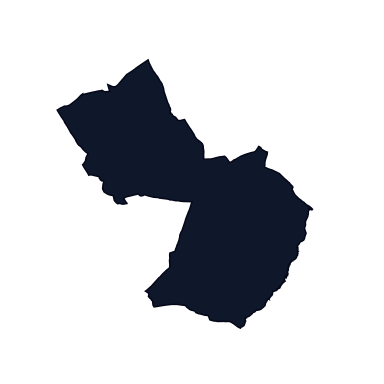 Chemba, Dodoma, United Republic of Tanzania, rotated 238°
{"feature_id": "72390352B30961702846084", "entity_name": "Chemba", "entity_type": "district", "adm_level": 2, "iso_a3": "TZA", "parent_name": "United Republic of Tanzania", "parent_adm1": "Dodoma", "projection": "mercator", "projection_center": [35.501, -5.27], "detail": "fine", "context": "isolated", "style": "filled", "palette": "ink", "viewbox_px": 384, "rotation_deg": 238, "n_neighbors": 0, "source": "geoboundaries", "source_scale": "gbopen_adm2", "svg_char_len": 5936}
<svg xmlns="http://www.w3.org/2000/svg" viewBox="0 0 384 384"><g transform="rotate(238 192 192)"><path d="M195.3,272.8L193.6,269.3L192.8,267.0L193.1,265.7L194.2,262.4L195.7,256.6L196.5,251.8L196.4,251.2L196.6,248.9L196.5,247.1L197.0,244.1L196.7,243.4L196.7,241.0L197.0,239.7L197.7,239.5L202.9,239.2L205.0,238.6L207.5,233.1L209.4,226.9L210.3,224.8L211.5,223.0L212.3,221.4L213.4,219.8L213.7,219.6L214.4,219.7L214.9,220.2L216.8,221.2L220.3,223.6L224.0,225.2L225.2,225.9L226.6,226.2L227.6,226.3L229.3,225.9L232.6,224.7L233.9,224.1L237.3,223.8L239.8,224.2L245.7,224.2L247.3,224.0L254.4,223.9L256.6,224.1L257.5,224.0L258.8,219.9L259.4,218.9L260.1,218.1L263.9,217.7L265.2,217.1L266.1,216.3L267.2,216.3L267.8,216.0L268.2,216.3L268.6,216.3L269.2,215.6L269.6,215.7L270.1,215.2L270.2,215.6L270.4,215.8L270.6,215.4L272.2,216.2L272.1,216.5L272.7,217.1L274.0,217.8L275.4,218.1L276.5,217.9L277.8,218.5L280.5,218.7L292.0,221.5L295.3,222.9L300.1,223.9L303.1,223.7L307.9,223.9L311.5,223.5L313.4,223.5L314.9,223.2L324.0,224.0L327.3,224.8L326.9,212.9L326.3,205.9L326.2,198.8L322.1,185.8L321.8,183.2L322.8,181.1L323.9,180.1L327.7,177.5L322.3,175.9L320.9,175.6L322.9,171.7L324.0,170.5L325.4,169.9L326.0,169.5L326.1,168.4L327.0,166.8L329.9,158.8L332.0,152.6L332.4,150.9L333.1,151.3L332.9,149.0L331.5,143.5L330.8,137.1L330.6,133.8L330.7,133.2L331.3,131.1L332.5,129.1L332.6,126.6L332.9,125.7L332.9,121.1L325.3,121.0L320.3,121.3L318.7,120.9L312.9,121.0L306.1,120.6L303.5,120.9L298.7,121.0L297.0,120.7L293.3,120.6L291.6,120.8L289.5,121.8L285.9,122.2L282.8,122.9L279.8,124.1L279.2,123.5L277.6,120.7L274.7,118.0L273.1,114.2L273.1,113.7L270.6,113.5L263.4,113.6L260.9,113.4L260.7,114.3L259.9,115.7L254.6,121.0L253.5,121.3L252.9,120.8L251.5,121.0L251.0,120.7L250.6,120.8L250.2,121.3L249.9,121.4L249.4,121.3L249.0,122.1L248.5,122.6L247.4,122.4L246.8,122.0L245.8,120.8L242.4,118.1L241.2,117.7L238.6,117.5L235.1,119.2L233.3,120.5L230.6,123.3L226.2,121.7L225.4,121.7L223.2,122.1L221.6,122.6L220.7,124.5L218.3,126.9L216.7,130.7L216.8,130.9L217.1,130.9L218.3,130.6L220.4,130.7L222.8,130.6L222.8,133.4L218.7,145.7L217.1,145.7L216.2,146.1L215.2,147.6L214.8,149.7L215.1,150.2L212.0,152.7L207.9,156.7L205.3,160.3L204.2,161.1L198.4,168.2L197.0,169.1L196.1,170.6L193.2,173.6L191.9,175.7L190.2,177.5L188.8,179.3L183.8,186.8L178.4,180.6L177.1,178.6L172.6,172.6L170.0,169.7L164.4,162.8L163.7,161.3L161.9,158.9L160.3,157.7L157.9,155.3L155.4,152.1L155.1,151.4L153.4,149.5L152.4,148.0L150.7,146.2L151.9,140.9L150.5,139.7L148.3,138.5L147.7,138.4L146.7,137.3L145.6,136.5L142.0,134.6L139.8,133.0L139.5,132.1L139.2,129.2L137.9,123.1L136.9,119.9L136.8,118.4L133.7,107.7L132.6,101.1L132.6,100.0L130.5,101.0L129.0,101.5L127.9,101.0L126.5,99.7L124.1,100.1L122.6,100.6L122.4,100.7L121.8,100.4L120.6,100.7L120.0,100.7L119.6,100.4L116.7,99.0L114.8,98.9L114.5,99.2L110.6,108.6L107.6,115.0L104.5,119.9L99.2,126.3L97.2,126.5L93.5,127.9L92.7,128.4L89.7,131.2L87.7,131.4L85.4,133.0L84.5,134.1L80.9,137.4L78.6,140.2L77.9,140.2L74.1,139.4L71.2,142.0L69.7,144.0L68.6,145.1L68.2,145.9L66.9,147.9L65.7,150.0L64.1,152.2L63.2,153.9L62.4,155.0L61.3,156.0L58.3,157.5L52.9,159.6L50.9,160.9L51.3,161.7L51.4,162.4L51.1,163.1L51.4,163.4L51.4,163.9L51.2,164.2L51.2,165.2L51.6,166.0L52.4,166.4L52.4,167.0L53.1,167.4L53.3,168.0L53.9,168.6L54.1,169.1L56.1,169.6L56.4,170.3L56.7,170.3L57.1,170.8L57.0,171.6L56.5,171.8L56.9,172.3L56.9,172.6L56.7,173.4L56.5,173.7L56.4,174.5L56.6,176.3L56.8,177.1L56.7,177.6L57.5,180.0L57.1,181.6L57.7,184.0L57.1,184.7L56.3,186.9L56.1,188.3L56.5,191.4L57.0,193.7L57.8,194.6L58.3,194.7L58.5,195.2L59.4,196.5L59.4,196.8L59.8,197.4L60.1,198.2L60.9,198.7L61.1,199.7L60.7,199.6L60.6,199.9L60.9,200.1L60.9,200.3L60.5,200.3L60.3,200.4L61.0,200.5L60.8,201.3L60.9,201.5L61.1,201.5L61.3,202.0L61.3,202.6L61.8,203.4L61.8,204.4L62.1,204.7L62.0,205.0L62.5,205.8L62.9,205.9L63.0,206.3L63.3,206.4L63.6,206.8L64.1,206.9L64.5,207.7L64.5,207.9L64.8,208.1L64.6,208.3L64.7,208.6L64.3,209.1L64.6,209.6L64.4,210.3L64.0,210.4L64.0,210.8L63.8,211.3L64.0,211.6L63.9,212.0L64.1,212.2L64.1,212.6L64.6,212.8L64.7,213.0L64.7,213.4L64.4,213.6L64.5,213.9L64.2,214.4L64.4,214.7L64.1,215.3L64.8,215.6L64.6,216.5L64.8,216.7L65.3,216.7L65.1,217.0L65.7,217.7L65.7,218.3L66.1,218.8L66.0,219.2L66.5,219.5L66.6,220.1L67.0,220.8L66.6,221.5L66.7,222.0L67.3,222.6L67.1,223.4L67.1,223.8L68.3,223.7L68.7,224.1L69.5,224.5L70.0,226.1L69.8,226.6L70.9,226.7L70.8,227.0L70.1,227.0L71.2,227.7L71.2,228.0L70.5,228.2L70.4,228.4L70.4,228.7L71.3,229.3L71.6,229.9L72.3,230.4L73.1,230.1L73.9,230.6L74.0,231.1L74.6,231.5L74.4,231.8L74.6,232.1L75.2,232.2L75.5,232.9L76.7,233.5L77.1,234.3L77.9,234.1L78.1,234.3L77.9,235.2L78.3,235.4L78.6,235.8L79.0,235.8L78.5,236.5L79.2,237.0L79.5,237.5L80.0,237.8L79.9,238.6L80.6,239.1L80.5,240.4L80.1,240.9L80.6,241.5L80.8,242.3L81.0,242.4L80.8,242.7L80.4,242.8L80.4,243.0L80.7,243.2L80.5,244.0L80.9,245.5L81.3,246.0L81.8,246.2L82.0,246.7L82.1,247.4L82.6,248.2L83.1,248.4L83.7,249.2L84.0,249.4L84.4,249.3L85.0,249.5L85.2,250.1L85.4,249.7L85.5,249.7L85.8,250.5L86.3,250.6L86.7,251.1L87.2,251.0L87.7,251.7L88.3,252.0L89.2,251.8L89.0,252.3L89.1,252.5L89.9,252.4L90.3,252.7L90.4,253.3L91.0,253.8L91.3,255.7L91.9,256.4L92.6,256.8L92.6,257.2L92.1,258.0L92.2,258.7L92.0,259.2L92.0,261.2L93.0,262.8L94.3,264.0L96.7,267.0L98.8,267.4L101.7,268.2L103.8,270.8L105.8,271.8L107.2,273.0L109.9,277.2L111.9,279.1L113.3,279.9L114.5,281.2L116.2,282.1L115.9,282.3L115.0,282.1L114.7,282.2L114.7,283.1L113.4,284.0L113.3,284.5L113.4,285.0L113.6,285.1L114.3,284.8L115.0,284.8L117.7,283.9L120.6,282.3L123.7,281.5L125.8,280.5L127.9,279.9L129.6,279.1L134.1,278.0L136.4,277.8L140.0,278.2L140.9,278.0L142.5,280.0L142.8,280.1L143.2,280.3L146.8,279.5L148.3,279.5L149.2,279.0L152.1,278.3L154.4,277.5L161.3,275.9L168.2,271.6L170.3,269.7L174.1,267.0L175.2,267.0L176.4,268.2L178.2,269.2L180.6,271.5L183.8,275.4L185.9,277.1L187.2,275.9L190.5,274.1L191.5,273.7L193.2,273.8L195.3,272.8Z" fill="#0f172a" stroke="#020617" stroke-width="1.5"/></g></svg>